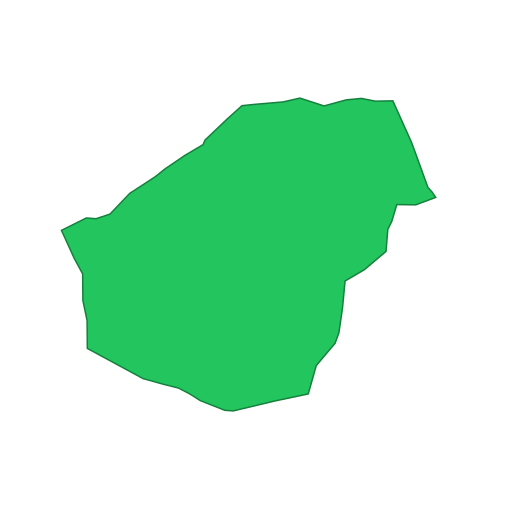 Mandax, Dornogovi, Mongolia, rotated 72°
{"feature_id": "93677404B77969966506985", "entity_name": "Mandax", "entity_type": "district", "adm_level": 2, "iso_a3": "MNG", "parent_name": "Mongolia", "parent_adm1": "Dornogovi", "projection": "albers", "projection_center": [108.365, 44.195], "detail": "fine", "context": "isolated", "style": "filled", "palette": "green", "viewbox_px": 512, "rotation_deg": 72, "n_neighbors": 0, "source": "geoboundaries", "source_scale": "gbopen_adm2", "svg_char_len": 786}
<svg xmlns="http://www.w3.org/2000/svg" viewBox="0 0 512 512"><g transform="rotate(72 256 256)"><path d="M403.3,248.9L378.9,232.6L373.2,223.5L363.5,207.8L354.7,200.9L332.2,189.8L307.3,179.0L302.5,157.1L291.8,130.9L271.4,122.4L265.1,116.2L250.6,106.2L256.7,88.3L255.8,67.0L249.7,68.7L243.9,71.3L207.9,72.5L195.7,73.0L150.7,77.9L145.6,94.7L138.7,107.0L135.4,121.8L134.3,144.9L119.4,165.4L117.8,182.8L111.2,211.1L108.7,222.9L116.8,241.1L130.0,268.7L133.7,271.9L138.3,292.4L145.0,315.5L149.4,327.1L157.4,356.7L171.0,381.9L171.1,396.6L167.4,405.6L171.5,433.1L202.1,429.6L219.4,426.4L244.9,434.4L265.2,436.6L291.8,445.0L337.7,401.3L349.9,382.9L357.6,370.6L366.4,361.9L376.4,353.6L393.1,333.4L396.3,325.5L399.6,284.0L403.3,248.9Z" fill="#22c55e" stroke="#15803d" stroke-width="1.5"/></g></svg>